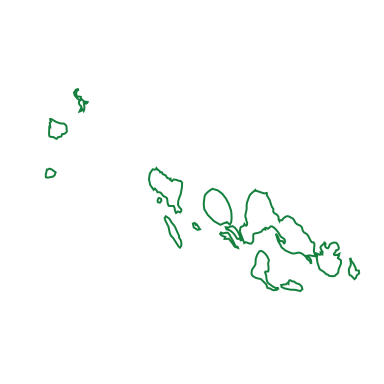 the border of Western, rotated 342°
{"feature_id": "SLB-3507", "entity_name": "Western", "entity_type": "Province", "adm_level": 1, "iso_a3": "SLB", "parent_name": "Solomon Islands", "parent_adm1": "", "projection": "equal_earth", "projection_center": [157.155, -7.826], "detail": "fine", "context": "isolated", "style": "outline", "palette": "green", "viewbox_px": 384, "rotation_deg": 342, "n_neighbors": 0, "source": "natural_earth", "source_scale": "10m", "svg_char_len": 6066}
<svg xmlns="http://www.w3.org/2000/svg" viewBox="0 0 384 384"><g transform="rotate(342 192 192)"><path d="M281.5,289.0L282.9,290.1L283.8,291.8L284.1,293.9L283.5,296.3L282.9,296.3L282.7,294.1L281.9,292.8L280.8,291.3L280.5,289.4L279.6,287.6L277.5,284.5L274.9,282.6L269.6,282.0L267.1,280.5L262.8,276.5L260.1,272.4L259.9,270.5L258.8,265.7L258.8,257.6L259.5,259.1L259.9,260.7L260.1,264.3L260.6,265.9L262.9,266.7L263.7,269.3L264.4,269.1L265.1,267.8L265.4,266.1L264.9,264.8L262.6,261.8L261.7,257.6L260.6,254.4L259.1,251.4L257.4,249.4L256.1,249.0L254.3,250.0L252.8,250.4L251.4,248.9L250.7,248.7L250.1,250.4L249.1,249.5L248.3,249.5L245.4,251.2L242.1,251.3L238.5,250.8L237.3,251.2L236.5,253.1L235.8,255.6L234.8,257.9L232.7,259.4L230.9,258.9L227.6,256.3L225.9,256.7L225.3,244.5L225.6,243.7L227.0,241.0L227.6,240.4L230.1,240.2L231.1,239.7L232.0,238.6L232.5,240.3L233.1,240.8L233.9,240.4L234.6,239.5L234.9,238.2L234.9,235.4L235.3,234.1L235.0,232.5L235.5,230.7L238.6,225.3L240.1,220.9L241.0,219.1L245.2,213.7L246.7,212.3L252.8,209.7L252.8,210.5L253.4,210.6L260.2,215.7L262.8,216.0L262.2,218.4L263.4,223.7L263.3,228.7L263.5,231.2L264.2,233.2L263.2,235.6L263.6,237.3L265.8,239.9L266.6,242.0L265.9,245.2L266.2,246.7L266.8,245.8L268.0,246.5L268.8,246.7L270.6,245.4L273.4,244.4L275.0,244.4L276.5,245.1L279.7,248.4L280.4,250.2L280.8,253.0L282.0,255.2L284.6,257.5L285.6,259.4L285.4,262.7L285.6,263.9L286.1,265.1L288.2,267.5L289.0,269.7L289.7,274.3L290.2,276.5L290.7,277.0L291.9,277.3L292.3,278.3L292.3,279.6L289.7,285.8L289.5,288.5L290.2,291.7L284.2,288.6L281.5,288.2L281.5,289.0ZM184.7,178.1L185.5,180.0L184.0,184.2L180.4,190.8L178.6,192.9L176.2,196.2L174.7,199.9L175.4,203.0L176.3,204.6L176.3,206.0L175.6,207.1L174.3,207.8L173.2,206.5L172.1,206.1L171.0,207.0L170.3,207.0L170.1,204.3L170.5,201.7L170.3,199.7L165.6,198.0L165.3,195.8L166.3,190.4L165.9,189.3L163.6,187.1L162.3,183.6L161.6,182.6L159.9,181.7L159.1,181.6L159.1,180.7L158.1,177.7L157.5,177.2L156.2,178.1L154.4,172.2L155.1,166.3L157.7,161.3L161.6,158.3L163.8,159.3L164.6,159.4L165.6,158.3L166.4,160.4L167.6,161.9L167.8,162.6L167.8,163.5L169.3,163.8L169.6,164.2L169.6,165.9L172.0,167.9L172.8,171.0L173.7,171.8L175.7,172.7L175.0,173.7L176.3,175.5L178.5,174.4L180.7,175.5L182.8,177.2L184.7,178.1ZM213.8,231.4L208.9,232.0L203.8,226.4L199.9,218.6L198.4,212.3L198.9,209.1L199.8,206.1L202.5,200.3L203.8,198.6L206.8,197.0L210.2,195.8L212.5,195.3L217.1,198.5L220.3,203.1L222.3,208.8L223.3,215.1L223.4,221.4L223.1,223.6L221.6,229.0L220.0,232.8L217.9,234.6L215.9,231.4L214.6,231.9L213.8,231.4ZM306.9,284.5L308.9,283.9L311.4,283.9L313.4,284.8L314.3,286.8L314.5,289.6L314.4,290.6L313.6,291.7L312.7,292.1L310.7,292.1L310.3,293.1L307.9,294.6L307.7,295.4L308.3,296.2L310.2,296.6L311.0,297.2L311.9,296.5L313.0,296.3L311.7,298.5L310.3,299.9L312.5,302.9L311.7,306.0L307.7,310.7L306.0,313.9L305.1,314.6L303.4,315.1L302.6,315.7L301.2,316.0L297.1,314.5L296.3,313.9L296.0,313.0L295.4,312.4L294.3,311.7L292.9,309.0L289.5,304.8L289.5,298.1L290.2,293.5L291.6,290.9L291.5,289.0L294.2,291.2L295.3,291.3L295.6,289.0L296.3,289.2L296.6,289.5L297.0,290.9L297.7,289.2L297.0,286.6L297.0,284.5L297.6,283.7L301.7,281.7L302.3,281.0L303.0,281.9L303.0,282.8L302.2,283.6L301.9,284.6L302.0,285.7L302.7,286.8L303.9,287.5L305.0,286.8L306.9,284.5ZM239.8,291.1L237.3,290.4L236.7,290.9L236.7,294.5L235.9,298.3L235.8,300.4L236.3,302.2L239.9,307.2L241.8,309.1L244.1,309.9L244.1,310.7L242.5,311.2L240.7,311.0L239.0,310.5L237.7,309.4L236.5,307.9L234.1,306.6L234.0,302.7L230.8,296.4L229.6,295.4L228.1,294.7L225.9,293.1L224.1,291.1L223.3,289.5L223.5,287.6L224.2,286.0L225.0,284.7L225.9,283.7L228.5,281.8L230.0,280.4L231.9,275.4L234.6,271.8L237.6,269.3L239.4,269.3L241.2,270.9L242.6,273.4L243.7,276.7L244.1,280.5L242.3,283.6L241.3,288.0L240.4,290.4L239.8,291.1ZM87.8,86.0L91.4,87.4L92.8,89.6L92.8,91.4L92.2,93.2L91.8,95.5L91.1,96.3L89.5,97.0L87.7,97.2L86.4,96.8L84.8,98.8L81.5,98.5L79.8,99.6L78.9,99.0L77.0,96.8L74.3,95.7L73.7,95.0L73.8,93.2L76.4,86.0L77.2,86.6L78.1,82.2L79.7,81.5L79.4,80.4L79.7,78.8L81.0,79.4L84.4,83.3L87.8,86.0ZM165.1,220.3L166.1,229.8L165.6,231.4L166.4,234.2L166.1,237.5L165.0,240.1L163.3,241.2L162.4,239.6L159.9,230.0L158.5,227.0L158.2,224.1L158.9,217.8L157.9,211.1L157.9,208.3L159.6,207.0L161.0,208.7L162.3,210.6L163.3,215.1L164.6,218.1L165.1,220.3ZM263.1,311.1L265.7,312.9L267.1,315.7L267.0,318.5L264.4,319.7L260.1,317.0L255.4,315.3L250.2,312.3L247.8,310.0L248.1,308.0L253.3,308.8L254.8,308.0L255.4,309.0L256.2,307.2L257.3,306.1L258.2,306.3L259.7,308.0L261.3,308.6L263.1,311.1ZM323.7,317.0L326.4,318.4L326.0,320.6L325.4,321.3L323.2,322.1L321.2,324.4L319.6,325.1L317.8,321.2L317.3,320.6L316.3,319.8L316.3,318.2L317.0,314.8L317.5,313.6L320.3,310.7L321.3,308.0L321.7,304.4L322.3,304.4L322.3,307.2L323.2,309.1L323.8,312.1L324.1,315.1L323.7,317.0ZM117.3,72.5L120.6,74.2L119.7,75.0L118.6,75.2L117.6,74.9L116.6,74.2L115.9,78.2L115.1,80.0L113.9,81.5L113.2,78.8L112.6,79.8L111.8,80.5L110.9,80.7L109.9,80.7L112.9,77.4L113.2,76.3L112.1,74.5L111.9,73.4L112.3,71.5L112.7,70.9L114.2,70.3L113.7,69.5L112.5,68.8L111.3,66.4L110.3,63.7L110.5,61.0L113.2,58.9L115.3,58.9L115.3,59.8L113.9,60.2L112.9,61.2L112.2,62.8L111.9,64.7L112.8,65.8L115.7,67.2L115.3,68.8L117.3,72.5ZM223.9,253.0L223.3,253.0L223.1,251.1L222.3,250.8L221.4,250.9L220.5,250.4L219.3,245.7L218.3,243.4L217.2,241.5L215.8,239.8L213.9,238.6L214.6,237.7L213.6,237.6L213.1,237.3L213.2,235.9L215.6,237.0L217.9,236.8L220.0,237.0L221.9,239.5L222.9,242.2L223.6,245.7L224.0,249.4L223.9,253.0ZM63.7,125.8L65.3,126.9L68.4,131.2L66.4,133.7L64.3,134.4L59.3,133.8L57.6,132.8L58.2,130.4L61.0,125.8L61.6,126.1L63.7,125.8ZM215.9,251.2L216.4,255.6L217.1,257.4L218.5,258.4L218.5,259.4L215.7,257.2L214.3,252.3L212.5,247.8L208.5,246.7L209.8,244.9L208.2,243.9L206.5,242.2L205.8,240.4L207.2,239.5L208.5,240.9L211.0,241.1L213.5,241.8L214.6,244.5L214.7,246.2L215.9,251.2ZM185.1,222.3L185.5,224.5L186.5,224.2L188.1,229.9L185.6,229.7L182.7,226.3L183.1,222.3L185.1,222.3ZM159.1,187.6L160.5,189.0L160.1,190.9L158.1,192.3L156.4,191.0L156.5,189.9L157.2,188.6L158.3,187.5L159.1,187.6Z" fill="none" stroke="#15803d" stroke-width="2"/></g></svg>